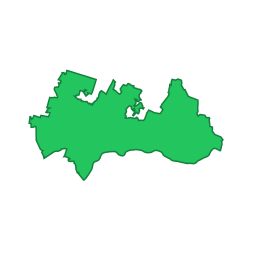 outline of Salgales pag., Ozolnieku, Latvia, rotated 296°
{"feature_id": "27541924B82271336791843", "entity_name": "Salgales pag.", "entity_type": "district", "adm_level": 2, "iso_a3": "LVA", "parent_name": "Latvia", "parent_adm1": "Ozolnieku", "projection": "orthographic", "projection_center": [24.01, 56.604], "detail": "fine", "context": "isolated", "style": "filled", "palette": "green", "viewbox_px": 256, "rotation_deg": 296, "n_neighbors": 0, "source": "geoboundaries", "source_scale": "gbopen_adm2", "svg_char_len": 5792}
<svg xmlns="http://www.w3.org/2000/svg" viewBox="0 0 256 256"><g transform="rotate(296 128 128)"><path d="M61.7,111.0L62.4,111.4L63.6,111.9L65.7,112.4L68.2,112.8L74.4,113.5L76.9,113.2L80.2,112.3L81.3,112.3L82.3,112.4L83.5,113.3L85.2,115.0L86.4,115.7L88.4,116.0L91.3,115.7L92.8,115.8L94.0,116.3L95.0,117.0L96.2,118.3L98.5,121.7L100.1,124.5L101.0,126.4L101.2,127.8L101.1,128.6L100.4,129.9L100.0,131.3L100.0,132.2L100.0,132.8L100.1,133.7L100.3,134.5L100.5,135.1L100.9,135.7L101.4,136.1L102.0,136.4L102.7,136.6L105.0,136.5L105.8,136.8L107.3,137.9L109.1,139.7L110.9,142.9L111.9,144.2L112.4,145.4L113.3,148.1L113.8,150.2L113.9,151.4L113.7,152.5L113.7,154.1L114.2,155.9L114.8,157.3L115.5,158.4L116.4,159.7L118.4,161.0L119.4,161.9L120.0,162.7L120.3,163.4L120.8,165.2L121.0,166.7L121.0,167.2L121.0,168.6L120.7,169.5L120.3,170.2L119.6,171.0L119.0,172.3L118.8,173.5L118.7,176.1L118.7,179.0L118.6,179.7L118.2,181.0L118.2,181.8L118.4,183.1L118.6,183.8L119.4,186.2L119.6,186.6L120.7,191.4L122.0,196.5L122.2,197.1L123.5,199.2L124.4,201.9L124.7,202.4L125.0,203.0L125.8,203.8L126.7,204.4L129.1,205.2L131.0,206.8L134.2,209.0L137.2,211.8L138.0,212.2L138.9,212.6L139.7,212.7L142.1,212.6L144.6,212.9L146.1,213.5L147.3,214.2L147.6,214.5L147.9,215.8L148.0,219.1L147.9,220.6L148.2,221.0L154.5,219.6L155.0,219.3L156.5,218.5L157.2,217.8L157.3,218.1L159.0,218.5L160.6,215.4L160.2,208.8L162.0,205.3L165.8,203.5L165.3,201.0L171.0,197.4L172.2,197.0L172.5,197.1L172.6,196.5L172.9,196.3L171.6,193.7L172.3,193.0L173.1,191.4L171.9,187.3L171.6,186.7L169.5,185.9L169.6,185.5L170.8,184.2L170.7,184.0L171.6,183.3L173.3,183.7L177.1,181.6L181.1,180.0L183.7,178.6L182.8,168.5L186.0,164.2L187.5,162.5L186.8,161.9L187.2,161.2L189.1,158.3L190.4,157.0L191.9,156.7L194.3,155.1L194.0,152.1L193.9,151.5L191.9,149.8L191.0,146.3L188.8,146.6L187.6,147.0L185.6,148.0L185.5,146.5L184.6,146.8L184.7,147.0L180.7,147.9L179.2,148.6L177.5,148.5L176.9,150.1L175.8,150.0L174.0,150.2L164.4,148.1L162.1,148.3L161.7,147.9L160.9,148.0L160.0,151.2L155.3,150.8L155.0,150.4L154.3,148.5L153.3,145.1L153.3,140.9L153.2,138.8L150.5,138.5L150.2,138.3L146.1,138.9L145.4,138.8L144.0,139.1L143.0,139.0L141.5,138.6L140.9,136.8L139.8,134.7L139.6,134.5L138.8,134.4L139.9,134.1L141.3,131.9L141.5,131.4L141.2,130.9L140.5,130.9L140.3,130.5L139.5,129.8L138.4,125.5L136.4,122.9L135.9,121.0L137.3,121.4L138.2,120.7L138.3,119.9L140.0,119.2L140.4,119.6L142.3,119.3L143.0,118.8L143.5,118.1L144.3,118.0L144.7,118.3L146.6,118.7L147.9,119.2L148.6,119.7L148.7,120.4L148.6,120.7L148.6,121.9L146.9,122.5L146.0,124.5L147.4,124.8L147.3,125.0L148.2,125.2L147.6,126.1L145.8,125.8L145.8,126.9L142.7,126.8L141.6,126.6L141.3,127.5L145.6,128.7L145.2,130.8L145.9,131.2L148.6,130.8L149.9,129.6L151.8,131.0L151.8,133.4L153.1,133.4L152.9,132.8L153.2,132.5L153.6,131.8L154.5,131.3L154.4,131.1L156.0,129.6L156.4,129.0L156.2,127.7L154.5,127.3L150.7,125.1L150.8,124.5L150.7,124.4L150.9,124.3L150.9,123.6L152.0,124.0L153.7,124.2L155.1,123.7L157.1,121.4L157.4,123.6L156.6,123.5L156.1,124.4L156.1,125.7L156.5,125.7L156.6,125.9L158.5,126.5L158.8,127.3L159.0,127.5L159.4,127.2L159.4,126.2L160.7,124.7L160.7,124.3L162.4,123.7L163.1,123.6L164.2,123.7L165.2,124.2L165.5,123.9L167.2,124.2L167.5,123.2L167.8,123.3L167.9,122.0L167.9,121.4L167.2,119.5L167.2,119.2L167.3,118.1L166.9,116.6L166.8,115.6L166.9,115.1L168.4,114.9L168.4,114.6L167.8,112.7L168.1,111.0L168.2,109.1L167.9,108.9L167.8,108.5L166.8,108.4L165.4,108.0L165.2,107.4L165.2,107.0L165.2,106.6L165.0,106.1L165.0,105.0L164.6,104.8L159.7,103.9L158.7,104.8L158.4,104.9L158.3,105.8L158.0,106.3L157.8,106.4L155.3,105.9L154.7,105.8L154.6,105.6L155.0,103.5L156.0,100.6L156.1,99.1L156.3,98.9L156.1,98.5L156.2,97.7L157.2,97.7L160.7,97.3L162.5,96.3L163.0,96.2L163.7,96.6L164.8,93.7L160.1,93.8L156.8,93.5L148.8,93.5L149.5,90.3L149.8,87.9L148.8,87.6L148.9,87.2L147.5,86.9L147.4,87.2L145.4,87.2L142.8,87.9L141.2,87.9L141.3,87.3L139.6,87.5L137.3,86.8L137.3,86.3L136.7,86.1L133.6,86.0L134.5,85.1L134.4,85.0L133.0,84.8L132.5,84.3L132.9,83.9L132.9,83.6L133.3,83.5L133.5,83.1L133.5,82.7L133.1,82.1L132.5,81.7L133.8,79.5L132.2,76.5L132.4,75.5L132.4,75.1L131.9,74.4L131.7,74.2L133.1,73.1L132.3,71.3L132.4,71.1L131.8,70.7L133.2,65.9L134.5,67.8L135.1,67.5L136.1,69.4L140.6,68.6L141.1,70.3L140.9,72.1L143.6,72.3L143.7,74.0L140.6,72.3L139.8,73.9L138.3,76.2L141.0,77.3L141.8,76.5L142.4,80.2L142.5,80.2L145.4,80.1L157.6,78.2L156.2,68.6L154.9,60.4L153.0,47.9L149.6,48.5L149.5,47.7L148.5,47.9L148.5,47.5L148.6,47.3L149.5,46.6L149.5,45.9L148.9,44.7L148.7,45.0L140.8,44.2L141.2,46.8L140.3,46.9L140.1,47.5L138.7,47.7L138.2,45.7L137.8,45.8L136.9,46.8L136.8,47.2L136.3,47.4L135.2,47.3L133.8,47.4L133.4,45.4L132.3,44.3L130.4,44.8L128.5,47.1L127.4,48.9L127.0,48.9L125.5,50.7L125.5,50.8L124.3,51.2L123.7,50.0L123.5,48.6L122.7,47.7L121.8,46.1L121.6,45.4L121.2,44.7L121.1,44.3L110.7,46.2L110.8,47.5L111.4,47.9L111.6,48.8L110.9,48.1L108.9,47.6L106.1,47.4L106.3,48.7L107.0,48.7L107.4,51.1L103.3,51.7L101.1,44.2L98.8,44.5L98.0,38.1L97.3,37.9L96.5,38.1L94.6,38.0L94.3,37.8L94.0,37.5L93.8,37.5L95.4,35.6L95.3,35.0L90.7,36.5L90.4,36.5L90.4,36.9L89.6,37.2L89.0,37.1L89.4,39.0L86.2,40.6L87.4,42.8L88.4,43.4L88.8,44.0L88.3,45.1L76.8,50.9L70.3,58.8L70.4,61.4L68.5,61.0L65.8,64.3L65.6,64.6L65.5,65.1L65.1,64.9L65.0,65.0L63.9,65.9L74.1,71.9L75.2,72.8L75.5,73.3L76.1,74.3L76.1,74.6L76.3,75.1L77.0,75.8L78.8,77.4L79.7,77.2L80.1,77.4L80.3,77.8L80.3,78.2L81.0,78.8L81.2,79.5L81.9,79.9L82.0,80.2L81.9,80.5L82.3,82.1L82.2,82.3L81.1,82.4L76.6,83.0L76.4,83.1L76.4,83.3L74.2,83.0L74.5,83.4L75.0,85.2L75.0,89.1L74.6,89.3L74.0,88.8L74.0,88.4L73.7,88.2L73.0,88.3L73.0,88.6L72.2,89.3L72.6,90.7L74.4,94.0L72.9,94.8L72.7,95.2L72.8,95.3L72.3,96.5L71.6,97.2L70.5,97.9L70.4,98.1L68.3,99.2L65.5,102.1L66.0,102.5L66.3,103.3L66.1,103.6L65.2,103.6L61.7,111.0Z" fill="#22c55e" stroke="#15803d" stroke-width="1.5"/></g></svg>